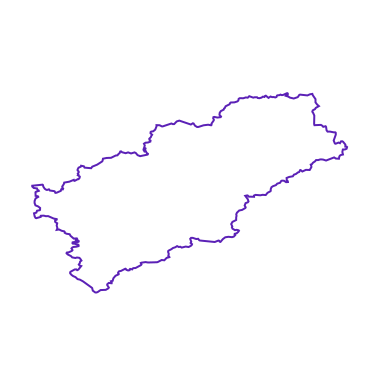 map outline of Tver' (Natural Earth projection), rotated 173°
{"feature_id": "RUS-2358", "entity_name": "Tver'", "entity_type": "Region", "adm_level": 1, "iso_a3": "RUS", "parent_name": "Russia", "parent_adm1": "", "projection": "natural_earth1", "projection_center": [34.924, 57.251], "detail": "fine", "context": "isolated", "style": "outline", "palette": "violet", "viewbox_px": 384, "rotation_deg": 173, "n_neighbors": 0, "source": "natural_earth", "source_scale": "10m", "svg_char_len": 6052}
<svg xmlns="http://www.w3.org/2000/svg" viewBox="0 0 384 384"><g transform="rotate(173 192 192)"><path d="M321.7,124.4L322.7,125.9L322.9,126.5L322.4,127.6L317.9,129.4L316.3,129.3L315.5,128.4L314.3,128.8L311.0,132.0L312.6,132.8L313.2,133.8L312.1,135.0L311.5,136.6L310.1,137.4L311.1,139.5L311.9,140.4L314.2,141.0L315.8,140.7L318.9,141.7L320.0,143.2L322.9,145.1L324.0,146.4L323.9,146.8L323.5,147.2L321.9,147.1L318.4,148.2L317.7,148.9L318.5,150.7L317.4,151.6L316.1,151.9L313.7,151.8L311.2,152.1L311.0,153.0L311.4,153.6L313.3,154.2L314.8,155.0L316.6,155.3L316.9,155.8L316.6,156.6L314.9,156.7L312.0,156.1L310.6,156.5L310.4,157.0L311.4,157.7L312.8,157.7L313.3,158.4L313.0,158.9L311.7,159.3L312.0,160.0L315.1,160.2L317.9,163.3L318.6,165.0L321.7,165.9L323.3,167.0L323.2,167.9L323.6,168.5L326.1,169.4L328.5,171.0L330.9,170.9L330.0,172.5L330.4,175.2L329.6,177.4L331.3,178.8L331.5,179.8L331.3,180.4L329.6,181.1L329.6,181.6L332.5,182.5L337.7,185.6L340.0,185.8L342.0,186.6L344.7,186.8L345.0,186.8L345.1,185.8L345.4,185.7L349.8,185.0L350.4,185.3L351.1,186.8L351.4,190.1L349.0,190.5L348.1,192.3L345.3,192.5L345.0,192.8L344.7,194.7L346.6,196.5L349.0,197.8L349.6,200.3L349.3,202.3L348.0,204.7L345.2,205.9L345.3,206.3L345.7,206.6L347.7,207.2L347.4,210.8L346.9,211.2L343.9,211.8L344.1,212.3L345.1,212.9L345.4,214.4L348.6,215.3L349.9,216.9L349.8,217.7L339.5,217.5L339.1,217.1L338.9,215.4L337.8,213.2L336.3,211.9L335.5,211.7L333.7,212.1L332.9,210.8L328.8,209.7L328.2,209.3L327.7,207.8L326.5,207.8L322.1,209.1L321.5,210.5L319.9,210.3L319.5,211.1L320.3,211.8L319.9,212.7L320.1,213.3L318.3,215.4L317.7,216.9L312.4,217.2L307.8,218.5L307.4,217.4L307.0,217.4L303.4,218.8L303.0,218.6L301.8,219.8L301.5,221.0L303.3,222.6L302.6,223.3L303.1,224.2L302.0,225.4L302.0,226.2L302.9,227.3L302.8,228.3L301.6,230.0L299.3,230.7L298.9,231.6L296.2,230.7L295.7,229.3L289.2,227.9L287.9,229.3L282.8,230.7L277.6,233.2L277.0,233.8L276.3,235.9L272.5,236.2L268.2,235.8L263.3,237.5L261.5,237.5L260.2,238.8L259.2,239.3L258.3,240.9L257.5,241.0L256.6,240.0L253.1,238.6L250.6,239.1L247.8,237.7L244.2,238.3L243.0,237.5L241.5,235.2L239.1,233.9L231.8,234.5L231.3,234.7L231.1,235.3L232.2,236.3L233.0,238.4L234.2,238.0L235.0,239.8L234.7,240.6L233.5,239.9L232.8,240.7L232.9,241.1L233.8,241.4L234.0,242.0L233.2,244.0L233.8,245.8L232.2,246.6L229.6,246.5L227.2,247.1L226.9,248.1L227.9,249.0L227.9,250.1L226.2,251.4L225.6,252.6L224.6,253.7L226.0,255.3L225.8,256.5L225.2,256.9L223.1,257.0L220.9,258.4L219.2,261.5L219.1,262.7L216.0,262.2L213.9,260.8L213.0,260.7L204.1,262.5L202.7,261.7L201.4,261.6L198.6,263.9L195.9,264.4L184.9,259.1L182.8,260.1L182.1,259.8L180.9,257.4L179.0,255.9L177.6,255.8L172.4,256.8L167.8,256.8L164.9,255.9L164.4,256.3L164.3,257.5L161.7,260.4L161.5,261.2L162.0,262.6L161.6,263.7L160.7,263.8L157.7,262.8L154.4,262.8L154.0,263.4L155.2,264.9L155.3,265.5L154.8,267.3L153.5,268.8L150.5,269.9L150.1,270.9L149.2,271.4L148.2,273.0L144.0,274.5L143.4,275.6L142.7,276.1L138.9,275.8L135.8,276.4L134.9,277.1L134.3,278.8L133.2,279.3L129.7,278.8L127.0,279.3L125.2,278.8L123.5,280.1L119.7,278.2L118.3,278.4L115.9,278.1L115.3,277.3L113.7,276.9L111.5,277.2L110.0,278.0L108.5,277.5L108.0,278.3L107.0,278.6L104.6,276.1L102.4,277.2L100.9,276.4L99.3,276.3L97.8,275.7L96.6,276.0L95.9,277.3L95.5,277.5L93.2,277.5L92.4,277.9L91.0,277.2L89.9,277.2L85.7,278.5L85.2,278.4L84.9,277.8L85.1,277.0L87.0,276.5L87.3,276.1L84.9,275.0L83.2,273.7L79.6,272.4L75.8,273.2L75.1,273.6L73.9,275.1L72.9,275.5L65.7,273.8L62.9,274.6L60.6,274.7L60.3,273.3L58.1,269.1L58.5,265.9L57.1,263.5L55.6,261.8L58.9,260.4L59.8,259.3L62.2,258.3L62.8,257.0L62.1,255.7L61.3,253.0L62.5,244.6L62.3,243.4L55.9,242.9L54.5,241.8L53.8,240.7L51.4,241.0L51.0,240.3L50.9,236.8L50.1,235.4L47.6,235.1L44.2,234.0L42.4,233.7L42.1,233.2L42.3,231.4L45.1,225.8L44.3,222.8L43.5,222.4L40.6,223.2L39.2,222.4L37.9,224.1L36.6,224.0L35.9,223.4L34.0,220.4L34.3,218.4L33.0,218.2L32.6,217.7L33.3,216.1L35.0,215.6L37.1,215.8L37.9,213.4L37.6,210.8L39.7,210.6L40.9,210.0L41.6,208.9L42.1,207.1L45.2,207.7L46.7,209.0L55.1,206.9L57.9,208.2L59.7,208.6L60.9,208.7L62.9,208.3L64.9,208.6L66.2,207.4L68.4,206.3L69.6,205.0L70.8,204.7L70.4,203.0L70.5,202.1L72.5,199.5L76.2,200.1L80.0,198.9L81.5,200.5L81.9,200.6L83.2,198.8L84.5,198.5L86.7,197.2L88.7,196.8L90.0,195.3L93.8,195.1L96.4,194.4L96.5,192.1L95.6,191.0L95.6,190.2L97.4,190.3L99.4,192.0L101.4,192.3L102.1,192.1L103.5,190.4L106.4,189.9L107.9,188.6L110.9,187.9L112.5,187.1L113.5,185.3L113.7,183.6L114.0,183.2L117.1,182.0L119.2,180.0L122.3,180.6L124.5,180.4L129.4,181.4L130.9,180.9L131.0,179.7L136.3,180.5L137.1,181.7L137.6,181.9L139.6,181.7L137.5,178.0L137.1,175.7L137.8,175.0L140.2,174.4L141.4,172.1L140.6,170.3L141.0,169.6L144.5,168.1L147.4,167.9L149.9,166.0L150.8,164.5L150.7,162.9L151.2,161.6L151.6,158.8L155.5,157.4L157.0,155.4L156.2,152.9L156.7,152.2L156.3,150.7L154.0,148.9L152.2,149.0L150.4,148.3L150.1,147.8L151.0,146.8L152.8,145.5L154.7,145.3L154.9,144.9L154.4,143.9L156.0,142.6L157.8,142.3L161.3,143.1L164.5,143.0L167.1,141.5L169.8,139.0L170.6,139.3L171.0,140.3L171.7,140.6L175.5,139.6L190.1,142.9L190.7,143.3L191.6,144.8L193.5,144.8L196.9,146.4L198.5,146.6L199.5,145.7L198.8,142.7L199.6,141.6L198.3,140.2L198.6,139.6L199.7,138.7L202.1,137.8L204.9,138.6L209.0,138.1L210.3,139.1L211.8,139.0L213.4,140.1L215.3,139.2L217.8,138.7L219.3,137.8L222.3,136.7L222.9,136.2L223.0,135.2L222.6,133.4L223.3,131.5L222.5,130.6L222.4,130.1L225.2,129.7L227.8,127.6L230.4,128.2L234.7,126.6L235.8,126.6L244.3,127.4L246.6,128.1L250.8,128.0L251.5,127.8L251.0,126.2L251.7,125.6L257.4,123.4L259.5,123.6L260.3,123.2L260.7,122.5L262.8,123.2L263.3,122.8L263.5,122.0L265.0,121.9L266.7,122.8L267.1,123.8L267.5,124.0L272.2,122.3L274.0,122.2L274.7,121.6L275.3,120.7L275.1,119.9L274.7,119.5L274.9,119.2L278.1,118.2L280.5,116.0L281.6,113.5L283.3,113.3L282.7,111.6L282.9,111.2L285.7,111.9L287.4,110.7L287.5,109.9L286.2,107.3L286.7,106.6L289.5,105.4L294.7,105.8L297.8,104.2L299.0,103.9L300.3,104.1L302.5,106.2L302.8,108.8L303.1,109.2L311.1,116.6L314.0,118.7L316.2,119.5L318.0,121.7L320.2,123.0L321.7,124.4Z" fill="none" stroke="#5b21b6" stroke-width="2"/></g></svg>